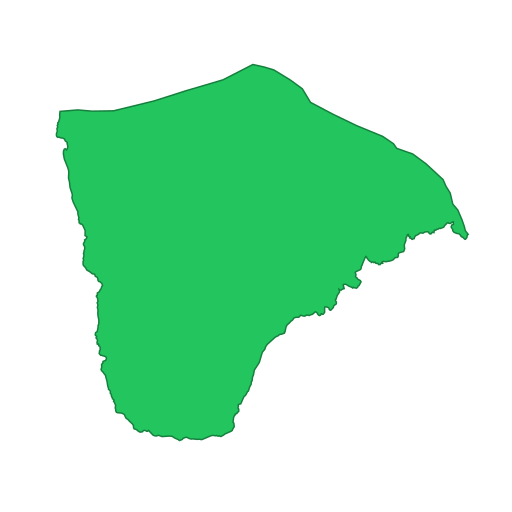 North Ambrym, Malampa, Vanuatu (orthographic projection), rotated 185°
{"feature_id": "77236927B87914906430322", "entity_name": "North Ambrym", "entity_type": "district", "adm_level": 2, "iso_a3": "VUT", "parent_name": "Vanuatu", "parent_adm1": "Malampa", "projection": "orthographic", "projection_center": [168.138, -16.178], "detail": "fine", "context": "isolated", "style": "filled", "palette": "green", "viewbox_px": 512, "rotation_deg": 185, "n_neighbors": 0, "source": "geoboundaries", "source_scale": "gbopen_adm2", "svg_char_len": 6032}
<svg xmlns="http://www.w3.org/2000/svg" viewBox="0 0 512 512"><g transform="rotate(185 256 256)"><path d="M463.8,383.0L463.9,379.8L463.5,376.6L464.3,372.5L465.0,371.6L465.1,371.0L464.8,370.1L465.4,368.7L464.9,367.8L464.9,366.8L465.3,366.0L465.4,365.2L464.8,363.2L465.5,360.3L465.3,358.7L464.8,357.6L463.9,357.0L462.6,357.2L460.6,356.6L459.0,356.7L456.9,355.8L456.1,354.1L454.1,352.8L453.8,352.1L454.0,351.7L453.0,348.6L453.2,346.9L454.0,345.2L454.4,345.5L454.0,345.7L454.7,345.7L455.4,346.2L456.2,345.8L456.9,343.9L456.8,341.0L455.4,335.9L451.3,327.8L450.2,325.0L449.8,322.9L449.6,317.4L448.3,313.5L447.2,308.0L444.5,301.7L444.2,299.8L444.5,298.4L444.2,297.1L442.7,293.6L437.3,284.5L437.1,282.3L435.8,278.8L436.0,276.7L435.2,275.8L435.2,273.9L435.1,273.6L434.0,273.2L433.8,272.6L432.6,272.7L431.3,271.6L428.4,266.5L428.1,261.4L426.5,260.7L426.0,260.1L426.6,258.4L428.2,257.0L427.9,256.2L428.0,255.4L429.0,253.3L428.7,251.9L427.9,251.1L427.3,249.2L427.3,248.0L427.8,245.9L427.8,243.8L428.1,243.5L427.5,241.8L427.5,240.4L428.0,238.5L427.3,236.8L427.8,235.6L427.6,232.8L427.1,231.6L424.8,229.5L423.2,227.2L420.5,226.0L417.5,224.0L415.6,223.9L414.9,223.4L414.5,222.0L414.0,221.6L412.5,221.1L411.9,220.3L411.2,217.8L410.6,217.0L408.8,216.6L407.2,215.1L406.3,213.4L407.1,211.9L407.4,210.0L408.3,208.7L409.0,206.8L410.9,205.2L410.6,203.9L410.8,202.9L411.4,202.7L411.5,201.8L410.4,200.6L409.4,197.1L410.2,195.5L409.6,194.5L409.2,192.9L409.6,191.0L408.7,188.6L408.6,185.1L408.2,182.7L407.0,178.5L406.8,176.5L406.7,174.8L407.3,172.8L407.1,171.9L407.6,166.9L409.1,165.7L409.3,163.9L409.1,163.0L407.7,162.1L407.8,161.3L408.2,160.6L407.9,159.9L407.3,159.6L406.6,158.4L406.6,157.2L406.9,156.5L406.5,154.4L406.0,154.3L405.3,154.6L404.9,154.0L404.9,152.9L403.9,152.4L403.0,150.7L403.3,149.9L403.0,149.3L403.2,148.3L403.6,148.0L403.7,145.1L402.0,143.5L401.0,143.7L400.2,143.3L397.5,142.8L396.4,142.0L396.0,140.9L396.4,139.5L397.0,138.7L399.2,137.7L399.3,135.9L400.4,134.6L400.0,131.7L400.5,129.6L399.9,128.3L398.7,127.4L395.3,123.6L395.2,122.7L393.6,118.5L392.3,113.4L391.4,111.3L391.3,110.3L389.9,109.4L389.3,108.5L389.2,106.6L388.1,105.4L387.6,103.2L387.0,102.7L386.6,102.0L386.6,101.3L385.2,100.5L384.8,99.9L385.3,99.0L384.0,97.3L382.8,94.8L383.0,92.4L382.4,90.8L382.2,89.5L381.4,88.1L380.2,87.8L376.3,87.8L374.2,87.1L373.2,86.4L371.8,83.7L370.9,82.8L369.2,81.9L367.7,80.4L364.2,77.7L363.3,76.2L363.0,74.3L362.3,73.1L361.0,73.0L359.6,72.4L357.7,71.0L355.9,70.4L353.6,71.1L353.3,71.9L352.8,72.3L351.7,72.6L350.8,72.5L349.8,71.9L348.8,71.9L347.9,72.9L343.1,68.7L341.7,68.1L339.6,68.0L337.5,68.9L333.9,67.9L326.4,69.1L323.7,69.0L320.7,67.4L317.8,66.5L316.1,65.5L313.5,66.8L312.7,68.0L310.4,69.2L309.0,69.3L306.1,68.2L304.2,68.0L303.2,68.3L298.8,68.2L296.3,68.6L294.7,68.3L293.7,68.5L285.2,73.0L283.1,73.6L281.4,73.4L280.2,73.4L279.8,73.8L278.1,73.2L277.0,73.7L275.8,73.1L274.9,73.3L272.4,75.0L271.6,75.9L265.6,79.2L264.4,80.2L264.1,81.6L262.8,84.0L263.4,87.1L263.8,88.0L264.4,88.3L264.2,93.2L263.9,94.4L263.0,95.7L262.9,96.8L261.6,97.2L261.2,97.6L261.0,98.5L259.7,99.5L259.8,101.9L260.8,103.0L260.4,104.9L260.8,106.0L260.2,106.7L258.3,107.4L255.9,114.5L254.1,116.6L252.6,120.2L251.8,120.8L250.9,125.0L249.7,127.7L249.6,130.2L249.0,131.5L248.9,135.2L248.2,137.1L247.7,142.2L243.4,150.3L241.6,159.4L241.1,161.0L239.1,163.8L238.5,166.4L237.3,168.7L229.5,177.1L226.8,178.6L225.7,179.9L223.8,180.3L221.0,181.6L221.0,182.5L220.5,182.9L219.9,187.9L219.0,190.1L216.9,192.2L215.8,193.8L213.9,195.5L213.0,197.2L212.1,198.0L210.0,198.6L208.6,198.6L207.6,199.1L206.4,200.9L203.4,200.3L202.0,200.4L200.4,201.6L197.7,201.4L196.0,202.4L194.9,202.7L193.5,203.9L192.8,205.0L191.7,205.6L190.0,204.5L189.5,203.5L188.3,202.4L187.5,202.2L186.7,202.6L186.3,203.1L186.1,204.1L185.6,204.2L184.9,203.7L183.9,203.9L182.7,205.9L183.1,210.0L182.9,211.3L180.9,211.4L179.7,211.0L178.7,210.3L178.5,209.4L177.7,208.6L177.1,208.4L176.7,208.6L174.4,211.5L174.4,212.6L173.9,213.6L172.1,214.9L171.8,216.0L171.9,217.1L172.9,218.5L173.1,219.3L172.6,219.7L171.7,223.6L169.6,227.6L170.4,230.1L169.1,229.4L168.2,229.4L167.1,230.5L165.3,231.2L165.4,231.8L166.0,232.1L166.0,233.4L166.6,234.2L166.4,235.3L164.6,235.6L163.6,235.5L161.0,234.1L158.0,233.2L156.8,232.5L156.4,233.3L155.0,232.9L153.1,232.7L152.0,233.7L151.7,235.0L150.8,235.5L149.1,239.4L149.9,240.6L152.3,241.7L153.1,242.3L153.5,243.0L154.9,243.8L155.1,244.4L154.7,245.9L155.7,248.1L155.2,249.0L150.9,251.5L150.3,252.4L150.0,255.2L149.5,256.1L149.1,257.9L147.1,264.1L146.5,265.1L145.8,264.6L145.5,263.9L143.6,261.8L142.2,260.7L140.8,260.2L140.5,259.6L139.5,260.2L138.7,260.2L138.1,259.7L136.8,260.3L136.3,259.4L135.8,259.1L133.9,259.2L133.1,258.1L131.6,258.3L131.2,259.3L129.1,259.8L129.2,260.2L130.1,260.6L129.7,261.3L128.7,261.8L126.2,261.6L121.8,262.8L119.1,264.1L117.4,266.3L116.5,266.7L115.2,266.8L114.5,267.4L114.2,268.6L114.5,269.6L114.2,271.2L113.1,271.9L109.3,273.3L108.5,276.0L109.3,279.9L108.0,284.7L108.2,287.0L107.5,288.3L107.1,290.2L106.3,290.8L105.9,290.5L105.8,289.4L105.4,288.8L104.3,288.6L104.5,287.4L103.1,287.1L102.2,286.3L101.6,286.2L101.0,286.9L100.0,287.0L99.4,289.4L98.5,290.3L95.9,291.8L95.2,292.8L94.2,293.4L91.6,293.3L90.2,294.4L88.5,295.0L86.4,295.0L85.2,293.4L84.4,293.1L83.8,293.6L83.3,293.5L82.5,294.8L81.9,295.2L80.8,294.8L80.6,297.2L80.0,297.5L79.3,297.3L77.8,298.5L77.1,298.5L75.9,299.6L75.0,299.4L72.3,300.6L71.4,301.2L70.8,302.6L68.3,305.6L67.7,305.9L66.8,305.4L65.2,305.4L62.7,307.4L62.4,307.3L62.1,304.7L63.6,304.0L64.1,302.4L63.9,301.4L62.5,299.8L62.1,298.2L61.1,297.1L59.5,296.4L58.1,296.0L55.6,295.8L54.5,294.9L53.3,293.3L51.4,292.5L49.6,291.0L48.8,290.9L48.1,291.9L47.6,292.6L47.3,295.3L46.5,296.0L49.7,299.5L51.1,303.7L54.0,310.1L58.9,319.3L64.5,324.9L68.0,335.6L72.8,342.0L76.3,348.4L94.6,362.6L108.8,371.3L125.2,375.5L128.8,379.8L140.2,386.2L167.3,394.7L191.6,403.9L215.1,413.8L224.4,426.6L237.3,434.4L254.4,442.9L264.4,445.0L275.8,446.5L304.3,428.6L340.7,414.3L371.3,401.5L410.6,388.2L432.0,386.0L446.2,386.0L463.8,383.0Z" fill="#22c55e" stroke="#15803d" stroke-width="1.5"/></g></svg>